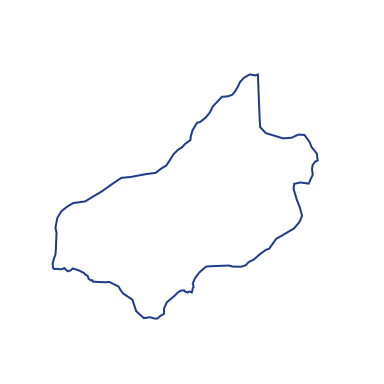 Edu, Kwara, Nigeria, rotated 296°
{"feature_id": "59680162B33186191897384", "entity_name": "Edu", "entity_type": "district", "adm_level": 2, "iso_a3": "NGA", "parent_name": "Nigeria", "parent_adm1": "Kwara", "projection": "mercator", "projection_center": [5.13, 8.931], "detail": "fine", "context": "isolated", "style": "outline", "palette": "blue", "viewbox_px": 384, "rotation_deg": 296, "n_neighbors": 0, "source": "geoboundaries", "source_scale": "gbopen_adm2", "svg_char_len": 1928}
<svg xmlns="http://www.w3.org/2000/svg" viewBox="0 0 384 384"><g transform="rotate(296 192 192)"><path d="M273.5,289.5L275.5,291.1L281.4,287.2L284.8,279.8L288.5,275.7L292.6,268.1L290.1,262.3L284.4,257.7L280.1,250.3L277.3,232.6L280.1,224.9L286.9,221.0L326.5,199.7L324.6,197.9L323.0,192.4L317.4,188.6L312.1,187.0L306.5,187.0L301.7,186.7L297.2,185.6L294.2,182.9L292.1,179.7L290.8,177.3L286.0,175.7L282.5,174.6L278.0,173.2L271.3,173.2L264.7,171.6L258.5,168.6L256.4,166.2L247.9,165.4L241.5,166.5L238.0,167.8L231.9,164.6L227.9,163.5L223.6,160.8L218.0,158.9L211.1,158.1L204.5,157.3L199.7,154.1L193.1,150.8L188.3,143.3L178.5,130.1L173.7,122.2L162.5,115.8L153.4,110.9L152.9,110.6L144.4,105.0L137.8,100.8L136.7,100.1L130.0,90.1L123.9,86.1L117.5,83.1L109.8,82.3L106.0,83.3L99.9,85.0L96.2,88.0L88.2,91.5L81.0,94.7L76.2,96.6L71.4,97.2L66.3,98.2L62.6,100.7L62.4,102.1L63.7,104.2L64.5,106.6L65.5,108.8L67.7,110.6L66.9,112.5L66.3,115.2L68.5,117.4L70.9,118.2L71.7,122.5L71.9,125.2L71.9,128.2L71.9,130.3L71.1,132.0L70.9,134.9L68.7,137.1L68.2,139.5L69.0,141.1L68.0,142.2L70.3,147.8L72.9,153.7L74.9,157.0L74.9,163.3L74.9,167.2L72.9,170.2L70.6,174.5L69.1,185.6L60.5,194.0L57.5,204.0L61.0,209.0L61.8,213.7L63.2,216.5L66.8,217.9L70.3,220.3L74.6,218.0L81.7,217.7L87.4,220.2L91.5,222.0L95.4,223.3L98.6,225.3L100.1,228.0L99.6,229.2L99.7,232.2L100.8,232.7L101.6,233.7L101.6,234.4L101.6,234.7L101.7,235.1L101.7,235.3L101.7,235.6L101.7,235.8L104.2,235.4L105.8,234.8L107.1,235.1L108.3,234.4L110.0,232.8L115.6,232.5L122.7,233.8L131.2,237.4L133.5,241.4L142.0,257.2L142.4,259.2L142.9,261.5L146.5,269.1L149.5,272.1L149.8,272.4L154.0,273.7L158.6,277.3L166.0,280.3L172.6,283.9L174.8,286.2L186.9,288.2L193.1,292.5L204.1,299.7L212.3,301.7L218.8,301.4L225.0,296.1L230.8,289.8L233.1,287.7L236.1,284.9L239.3,281.9L242.4,280.9L244.2,280.3L248.1,285.3L250.7,293.2L260.6,292.9L265.2,289.8L269.1,288.6L273.5,289.5Z" fill="none" stroke="#1e3a8a" stroke-width="2"/></g></svg>